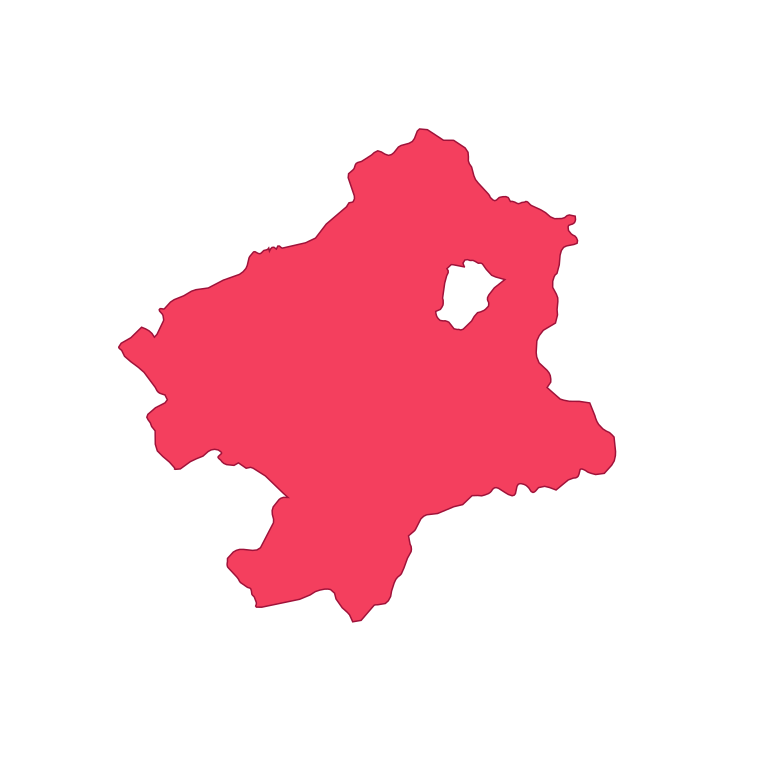 SVG path tracing the border of Niederösterreich, rotated 311°
{"feature_id": "AUT-2330", "entity_name": "Niederösterreich", "entity_type": "State", "adm_level": 1, "iso_a3": "AUT", "parent_name": "Austria", "parent_adm1": "", "projection": "mercator", "projection_center": [15.834, 48.226], "detail": "fine", "context": "isolated", "style": "filled", "palette": "rose", "viewbox_px": 768, "rotation_deg": 311, "n_neighbors": 0, "source": "natural_earth", "source_scale": "10m", "svg_char_len": 5596}
<svg xmlns="http://www.w3.org/2000/svg" viewBox="0 0 768 768"><g transform="rotate(311 384 384)"><path d="M242.3,158.9L252.9,162.6L267.8,163.8L269.2,167.9L270.0,171.9L269.9,175.8L268.7,180.0L272.5,180.1L287.1,176.1L288.0,175.5L290.7,172.3L291.3,170.8L291.8,166.8L292.6,165.6L294.0,165.6L295.0,166.8L295.8,168.3L296.7,168.9L305.7,169.1L310.0,170.3L319.2,175.0L327.7,177.8L331.8,180.2L341.2,188.4L345.6,190.1L357.0,194.6L371.9,203.0L376.2,204.0L380.6,204.0L383.8,203.0L390.6,199.4L392.2,199.0L398.1,198.9L399.2,199.8L400.0,203.4L400.9,204.9L402.2,205.4L405.9,205.7L408.0,207.2L409.4,207.9L411.0,207.8L409.1,210.4L411.5,209.8L413.6,209.9L415.0,211.2L415.2,214.2L418.5,213.4L419.5,214.6L419.5,216.7L419.8,218.1L439.0,232.1L449.2,236.6L466.8,235.5L493.6,239.5L493.8,239.3L497.8,238.7L500.3,240.7L501.4,241.1L504.4,240.2L506.5,238.2L516.2,221.6L519.5,219.3L525.0,220.1L527.0,220.1L530.5,218.6L532.2,218.3L534.0,218.9L537.2,221.0L548.7,224.4L552.2,224.8L555.9,226.3L557.4,229.8L558.1,233.9L559.5,237.4L562.0,239.1L565.0,239.7L572.3,239.4L575.2,240.4L582.1,245.0L585.7,246.3L589.3,245.9L596.7,243.2L599.8,243.5L604.4,249.9L607.0,269.0L613.6,276.7L615.4,290.3L614.4,293.9L614.0,295.4L610.8,298.7L607.7,301.3L606.2,304.0L605.2,307.8L600.2,315.1L598.3,318.9L597.5,323.1L595.8,338.4L595.3,340.3L594.8,341.1L594.5,342.4L594.4,345.6L595.0,347.3L596.5,348.2L600.3,348.6L601.4,349.3L603.4,350.9L605.4,353.1L606.2,355.4L605.8,356.7L605.1,358.4L604.7,359.8L605.5,360.4L606.0,361.0L606.7,362.5L607.3,364.1L607.5,365.4L608.2,367.1L609.6,368.1L611.4,368.9L613.5,370.8L614.7,371.2L615.4,372.2L615.6,373.4L615.3,376.7L615.4,378.1L618.4,388.4L619.3,393.6L619.3,399.8L620.7,404.3L625.5,409.6L628.1,411.2L631.2,411.7L633.2,413.0L636.1,418.2L633.7,420.7L632.4,421.4L630.7,421.9L628.5,421.4L626.8,420.3L624.8,419.3L623.4,419.8L620.9,422.5L620.1,426.8L620.3,428.8L620.9,431.0L620.6,433.3L619.2,436.0L616.9,437.4L613.9,435.8L608.0,431.2L605.0,429.9L601.1,430.3L596.7,432.4L588.9,438.1L580.9,442.0L578.6,441.6L576.4,442.1L572.3,443.9L567.6,447.9L564.9,455.1L563.0,458.6L560.3,461.1L553.7,465.8L550.0,469.6L542.5,473.4L529.1,469.0L522.4,469.4L516.9,471.0L507.6,478.2L504.6,481.5L501.7,487.1L501.3,498.2L500.6,501.5L499.4,504.0L497.1,506.7L494.8,508.6L488.3,509.4L488.2,526.8L489.7,530.3L492.6,535.3L499.1,542.9L504.7,551.7L498.4,564.0L497.2,565.8L495.4,569.2L494.3,572.5L493.7,578.7L494.3,582.7L495.3,586.1L495.2,589.5L494.9,592.4L484.9,603.1L481.8,605.6L477.0,608.2L472.1,609.1L461.1,608.9L454.5,603.1L452.5,599.0L451.3,595.9L451.1,594.7L450.9,592.7L450.3,590.6L449.8,589.3L449.1,588.5L448.2,588.1L443.7,590.4L441.8,591.0L440.5,590.9L439.0,590.3L437.2,588.6L432.5,586.0L416.9,583.4L414.5,576.9L412.2,572.4L407.2,568.6L402.6,568.6L401.1,568.3L399.9,567.6L399.4,565.7L399.7,564.5L400.5,561.8L400.7,559.7L400.7,557.8L400.3,556.2L400.0,555.3L398.9,553.1L397.9,551.9L396.4,551.1L394.0,551.5L387.5,555.1L385.5,555.2L383.7,554.0L382.2,550.3L381.6,547.0L380.4,538.8L379.5,536.8L378.2,535.5L375.7,535.0L374.1,535.3L372.2,535.3L370.0,534.8L366.4,532.9L363.7,531.1L361.4,527.9L357.5,523.7L344.6,522.5L337.2,517.2L321.4,509.4L313.3,502.0L310.2,500.7L306.4,500.3L294.7,503.2L293.4,503.3L285.5,502.1L280.2,508.8L279.2,511.0L277.3,513.1L275.3,514.4L267.9,516.0L258.1,519.8L252.2,521.6L250.4,521.6L247.2,521.0L244.3,521.1L240.5,522.2L232.8,525.5L228.0,528.4L223.2,529.5L219.2,529.0L213.4,524.2L211.6,522.3L210.6,521.7L190.6,521.8L184.0,516.4L187.2,509.4L187.6,506.0L187.7,499.3L190.3,488.8L193.7,483.9L193.8,478.5L192.5,476.3L190.4,473.9L186.4,470.8L182.3,468.4L176.3,466.6L166.2,461.6L135.4,438.2L131.9,434.1L132.2,432.8L133.6,432.3L134.5,431.8L135.4,430.9L138.1,425.9L138.3,424.9L138.3,423.5L138.5,422.7L138.7,422.1L140.9,419.6L142.0,417.8L142.0,416.7L141.7,415.9L141.2,415.1L140.9,414.0L140.0,405.9L140.4,404.2L141.3,401.9L141.8,399.4L143.0,387.9L143.3,386.1L143.6,385.5L144.0,385.0L144.5,384.3L145.9,383.2L147.1,382.5L149.7,380.3L158.3,380.5L161.6,381.7L164.5,383.6L167.0,386.5L172.2,394.0L175.4,397.0L179.4,398.2L206.8,391.6L209.5,389.4L212.3,385.3L215.1,382.6L218.6,381.0L228.0,380.6L230.1,381.1L232.5,382.5L235.4,386.0L235.5,379.6L236.8,354.8L234.6,340.5L233.6,338.0L230.0,335.2L229.0,325.9L224.2,324.2L219.9,318.1L219.0,315.2L219.0,312.6L219.4,310.9L219.4,308.3L219.6,307.2L219.9,306.7L220.6,306.5L225.0,306.9L225.6,306.4L225.8,305.2L225.5,302.2L223.6,299.0L220.9,296.8L217.7,295.6L210.8,294.7L204.6,291.5L198.4,288.8L186.3,286.0L182.9,282.7L182.4,281.8L183.3,281.0L184.3,273.4L184.2,264.6L184.8,256.8L188.5,250.9L198.5,242.0L199.5,236.5L201.4,233.1L202.2,229.5L203.3,226.8L206.2,225.7L216.2,227.1L226.1,231.1L230.0,230.8L232.1,225.7L231.7,225.2L230.9,223.3L230.0,221.0L229.7,219.2L230.0,217.1L231.4,213.5L235.4,195.2L235.4,187.2L234.7,178.3L234.7,170.0L237.3,163.9L237.2,162.3L237.2,160.9L237.5,159.9L238.1,159.5L242.3,158.9ZM525.1,367.8L524.6,367.0L519.3,357.8L518.2,356.4L512.3,355.8L511.6,358.1L510.1,359.4L506.8,360.3L500.0,363.6L487.2,371.9L486.1,373.6L483.9,375.6L482.3,376.7L479.9,377.3L477.3,377.6L472.7,375.4L471.3,376.9L470.0,378.8L469.5,379.8L468.9,382.0L468.8,384.6L470.4,387.2L471.9,388.8L472.7,390.7L473.2,392.4L471.6,400.6L473.1,403.4L474.3,404.7L475.1,406.5L477.3,407.8L489.0,408.8L494.1,407.8L499.2,407.8L501.8,409.6L505.2,411.2L507.1,411.6L511.3,411.8L513.3,410.4L514.3,409.3L514.9,407.8L515.5,406.8L517.1,405.5L519.9,404.7L528.9,404.2L542.1,406.7L538.0,398.0L536.7,393.9L537.6,386.0L539.1,380.0L539.2,379.1L539.0,378.4L538.5,377.4L537.0,375.9L536.3,372.2L535.7,370.1L533.7,367.9L532.7,365.5L530.7,363.7L527.1,364.3L525.8,366.4L525.3,367.7L525.1,367.8Z" fill="#f43f5e" stroke="#9f1239" stroke-width="1.5"/></g></svg>